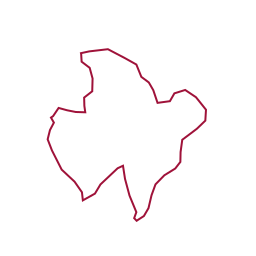 Lekeberg, Orebro, Sweden, rotated 335°
{"feature_id": "70781695B87625473444636", "entity_name": "Lekeberg", "entity_type": "district", "adm_level": 2, "iso_a3": "SWE", "parent_name": "Sweden", "parent_adm1": "Orebro", "projection": "albers", "projection_center": [14.811, 59.203], "detail": "fine", "context": "isolated", "style": "outline", "palette": "rose", "viewbox_px": 256, "rotation_deg": 335, "n_neighbors": 0, "source": "geoboundaries", "source_scale": "gbopen_adm2", "svg_char_len": 819}
<svg xmlns="http://www.w3.org/2000/svg" viewBox="0 0 256 256"><g transform="rotate(335 128 128)"><path d="M62.6,86.0L63.1,91.8L56.4,96.9L50.4,104.3L49.6,116.2L50.3,137.7L56.9,154.1L59.1,166.8L56.5,174.5L70.3,173.5L79.2,167.5L101.6,160.1L107.5,160.1L103.8,172.8L100.8,189.9L100.0,207.8L95.5,212.3L96.6,215.7L105.2,214.5L112.7,209.3L120.9,198.9L129.1,190.7L141.0,186.2L153.7,184.7L159.5,181.7L161.1,180.9L165.5,172.0L172.2,161.6L190.1,157.8L201.2,154.0L206.4,144.4L203.7,133.2L202.6,128.8L195.9,117.7L184.7,116.2L177.3,121.4L165.4,117.7L166.9,104.4L166.1,95.5L161.7,87.3L162.4,74.0L154.9,63.6L143.1,48.1L125.3,42.2L117.0,40.3L116.8,41.2L114.0,48.3L118.7,57.3L116.8,68.2L111.1,79.6L101.1,81.9L97.8,89.5L95.9,95.7L87.4,91.4L80.3,86.2L73.6,80.5L65.1,85.6L62.6,86.0Z" fill="none" stroke="#9f1239" stroke-width="2"/></g></svg>